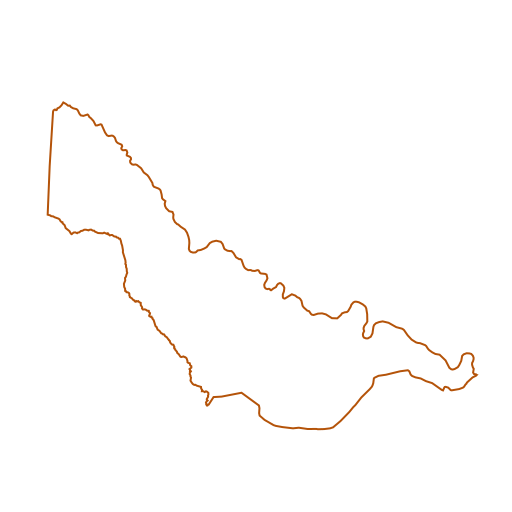 outline of Chokwe, Gaza, Mozambique, rotated 351°
{"feature_id": "85939544B8547864433088", "entity_name": "Chokwe", "entity_type": "district", "adm_level": 2, "iso_a3": "MOZ", "parent_name": "Mozambique", "parent_adm1": "Gaza", "projection": "robinson", "projection_center": [32.883, -24.487], "detail": "fine", "context": "isolated", "style": "outline", "palette": "amber", "viewbox_px": 512, "rotation_deg": 351, "n_neighbors": 0, "source": "geoboundaries", "source_scale": "gbopen_adm2", "svg_char_len": 6082}
<svg xmlns="http://www.w3.org/2000/svg" viewBox="0 0 512 512"><g transform="rotate(351 256 256)"><path d="M391.4,398.9L394.5,400.8L399.5,402.7L404.3,406.2L410.1,409.1L418.5,417.3L419.7,418.0L421.4,415.4L421.9,414.9L422.9,414.9L425.3,416.1L427.3,418.9L428.3,419.3L435.9,419.2L439.8,418.4L441.0,417.7L442.8,415.7L444.0,414.9L444.4,414.1L450.9,409.8L454.7,408.6L455.3,408.1L454.7,407.9L454.7,407.3L452.9,406.7L452.2,405.1L453.4,401.5L452.8,400.0L452.4,397.2L452.7,395.5L454.0,393.7L454.8,391.8L455.0,390.4L454.6,388.4L453.3,386.4L451.5,385.6L448.8,385.0L445.8,385.6L444.0,386.9L442.3,391.7L439.6,395.6L437.9,397.4L434.5,398.7L432.5,398.9L431.1,398.4L429.5,396.7L426.9,388.8L421.9,382.2L417.8,380.8L415.0,378.7L412.3,376.0L411.3,374.5L410.0,371.5L409.1,370.5L404.3,367.7L402.3,367.2L400.6,366.4L396.6,362.9L393.4,358.1L390.6,352.3L389.8,351.4L388.8,350.6L383.4,348.2L376.5,342.7L370.9,340.4L367.3,340.5L363.9,341.2L361.8,342.7L360.9,344.3L358.9,350.7L356.7,353.7L353.5,354.9L351.8,354.6L349.9,353.5L349.3,352.2L349.3,350.3L349.7,349.1L351.1,347.0L350.8,345.3L351.0,343.9L352.1,341.9L354.5,339.7L355.7,338.1L356.7,330.9L356.7,325.0L356.1,323.0L353.9,320.5L350.4,317.8L348.2,316.9L346.6,316.6L345.0,317.0L342.6,319.0L341.5,321.0L338.4,324.8L337.0,325.6L334.8,325.5L332.0,326.1L330.7,327.5L326.5,330.3L321.3,329.3L315.9,324.6L312.3,323.0L308.2,322.6L303.7,323.3L302.0,322.7L301.2,321.8L299.8,318.8L298.1,318.0L295.1,314.3L294.2,312.4L293.9,307.5L292.9,305.3L292.0,304.2L290.2,303.1L288.7,301.3L285.4,299.4L278.0,302.5L277.3,302.5L276.3,301.7L276.1,300.6L276.5,298.1L278.1,295.2L279.0,291.9L278.4,289.5L276.2,286.8L275.3,286.5L273.6,286.9L272.3,287.9L270.9,289.8L267.9,290.9L265.6,292.2L265.0,292.0L264.5,290.9L263.7,290.4L262.0,290.5L260.4,289.6L259.6,288.1L259.6,285.8L260.6,284.0L262.6,281.8L263.8,279.8L263.5,276.0L262.2,275.1L258.1,274.0L257.3,273.3L256.4,270.8L255.9,270.4L255.1,270.2L252.5,270.6L249.9,270.0L248.7,269.1L246.0,268.7L244.1,267.2L242.9,265.7L242.2,263.7L241.1,257.6L240.1,256.6L238.9,256.5L236.1,254.2L234.2,249.5L232.6,247.3L231.1,247.1L228.6,246.3L226.1,244.3L225.7,243.3L224.9,239.0L223.5,236.5L219.1,234.7L215.1,235.0L212.4,236.0L208.7,239.5L206.1,240.5L202.4,241.4L199.3,241.4L197.5,242.7L196.5,243.0L194.2,242.7L192.2,241.7L191.2,240.4L190.8,238.5L192.2,232.7L192.5,229.8L192.3,226.5L191.5,222.2L190.0,218.8L186.2,215.3L184.1,212.7L183.1,212.2L181.2,209.7L180.2,206.4L180.3,204.7L181.0,202.2L180.4,199.4L177.2,198.2L174.7,194.7L174.0,192.4L174.0,190.1L175.1,187.6L172.9,185.4L172.3,184.2L172.4,180.5L172.0,176.5L171.6,175.5L170.4,174.2L166.1,171.7L165.7,171.1L165.1,169.5L165.1,167.7L162.4,161.0L161.4,159.2L158.2,155.9L156.3,151.4L152.6,147.4L151.2,146.7L149.4,146.7L148.0,146.2L146.7,144.6L146.4,143.7L146.5,142.3L147.7,140.9L147.8,139.6L147.0,138.3L144.1,136.5L144.2,135.5L145.1,133.7L144.7,131.5L143.7,130.9L141.2,130.8L140.0,129.8L139.8,128.4L141.0,126.8L140.9,125.7L140.6,125.0L137.3,122.9L136.3,121.8L135.7,120.5L135.2,117.3L134.4,115.9L133.4,114.9L132.4,114.5L129.2,114.5L127.7,113.5L126.2,110.3L124.0,102.1L123.2,101.6L119.4,102.2L118.1,101.9L116.6,97.3L114.5,94.1L113.1,92.6L112.5,90.8L111.8,89.9L107.4,90.6L104.9,89.7L103.8,87.7L102.8,84.3L101.8,82.9L98.5,81.5L96.4,79.8L95.6,78.3L94.0,78.2L92.1,76.1L89.7,74.2L87.5,76.7L85.1,78.5L83.0,79.1L82.0,80.6L81.3,80.7L80.5,79.9L80.0,79.9L78.7,80.6L78.1,81.8L76.9,87.2L66.3,134.8L56.7,182.6L59.3,183.8L59.9,184.6L62.0,185.2L63.1,186.2L66.8,188.2L67.7,189.1L68.4,191.0L69.6,192.5L70.1,192.4L70.3,193.7L71.8,195.6L72.4,198.7L75.6,202.2L76.7,205.0L77.4,205.6L79.5,204.3L81.2,204.4L82.9,205.5L83.8,205.0L85.1,205.0L87.0,203.9L88.6,203.9L90.4,203.2L92.1,203.4L94.7,204.5L95.3,204.1L97.2,204.1L98.8,205.4L100.1,205.7L100.6,206.6L103.6,208.6L108.2,209.6L109.7,209.2L111.7,210.5L113.2,210.3L113.4,210.6L112.7,211.1L114.1,211.9L114.8,212.8L116.2,212.6L117.3,212.8L119.0,214.5L120.8,215.0L121.2,215.8L122.7,216.4L123.4,217.5L124.4,217.7L124.9,219.9L125.0,222.6L125.4,224.7L125.5,229.5L125.1,231.5L126.3,239.7L126.2,242.1L125.7,243.4L126.2,244.3L125.9,246.7L126.3,248.3L126.0,251.0L126.2,252.5L125.2,254.0L124.3,256.1L123.2,257.2L123.0,259.8L121.2,262.8L121.0,266.0L121.6,267.9L121.3,270.0L122.0,270.3L122.4,271.5L123.7,271.8L124.8,272.8L125.0,273.7L124.7,275.2L125.1,276.2L125.0,276.9L126.9,278.5L127.6,279.9L129.0,280.9L129.1,281.8L130.1,282.4L130.8,281.8L131.7,282.3L132.6,282.1L133.6,283.5L134.8,284.2L134.5,286.7L135.3,288.1L135.5,289.4L135.2,290.0L136.0,291.2L137.8,291.3L138.9,291.9L139.8,292.9L141.5,293.4L141.4,294.4L142.4,295.9L141.8,297.3L141.2,297.9L141.2,298.7L142.4,299.6L143.3,299.6L143.4,300.6L144.1,301.2L144.1,302.2L144.9,303.3L145.7,309.0L145.9,309.8L146.7,310.5L147.3,313.3L149.0,314.9L150.3,317.5L151.4,318.1L151.8,318.8L153.0,319.1L153.8,321.1L155.2,322.3L156.3,324.5L156.8,325.0L156.8,325.6L157.6,326.4L157.7,328.0L158.3,329.1L159.3,330.4L160.5,330.7L161.2,333.2L160.7,333.9L160.9,334.7L161.6,335.4L161.6,336.1L162.9,338.1L163.0,339.3L164.4,341.0L165.5,343.5L166.3,344.1L168.8,343.9L169.6,344.7L170.4,344.9L171.4,346.2L171.9,348.9L171.7,350.2L172.4,351.0L173.8,351.6L173.9,353.6L174.9,354.7L174.7,356.1L172.6,357.3L173.0,358.2L172.9,358.8L173.4,359.1L173.6,359.7L172.7,360.0L172.8,360.7L172.4,361.0L172.0,362.2L172.6,363.8L172.4,364.7L172.8,365.9L171.8,368.9L172.6,370.8L173.6,372.6L174.9,373.7L175.9,373.7L177.2,374.8L181.2,376.7L181.1,378.4L181.8,379.7L181.4,381.1L182.7,381.3L184.1,382.4L185.4,381.8L186.4,382.4L187.5,383.7L187.3,385.5L186.7,386.4L186.7,387.5L185.0,389.6L184.9,390.2L185.6,391.2L184.2,392.1L183.6,393.1L183.9,393.9L183.6,394.7L184.1,396.0L184.7,396.1L185.6,395.3L186.1,395.3L192.0,388.7L200.0,389.5L220.3,388.8L235.5,404.1L235.6,406.9L234.5,411.7L234.6,414.2L238.8,419.2L246.9,425.8L249.0,426.9L255.3,429.1L265.6,432.0L271.4,432.3L280.1,435.0L288.4,436.2L290.1,436.8L296.2,437.6L302.1,437.8L305.3,437.3L313.7,432.2L323.7,424.7L328.4,420.5L330.8,418.8L337.9,412.2L347.4,405.4L349.9,403.3L350.8,402.1L351.9,400.0L353.3,395.3L354.0,394.8L358.3,393.5L365.8,393.6L380.4,392.4L388.1,392.6L389.4,393.9L390.2,397.3L391.4,398.9Z" fill="none" stroke="#b45309" stroke-width="2"/></g></svg>